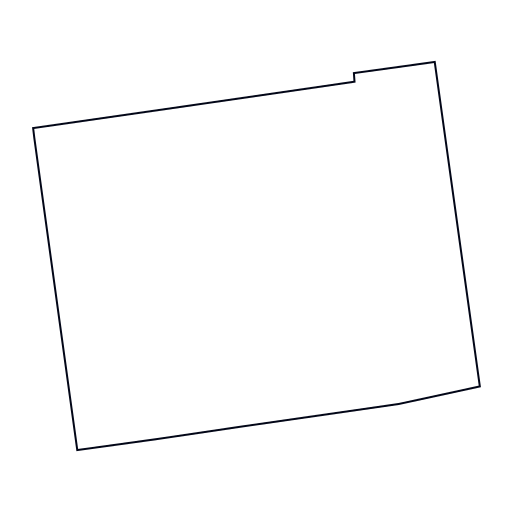 the district of Lyon, Minnesota, United States of America, rotated 82°
{"feature_id": "52423323B64870034285925", "entity_name": "Lyon", "entity_type": "district", "adm_level": 2, "iso_a3": "USA", "parent_name": "United States of America", "parent_adm1": "Minnesota", "projection": "mercator", "projection_center": [-95.88, 44.413], "detail": "fine", "context": "isolated", "style": "outline", "palette": "ink", "viewbox_px": 512, "rotation_deg": 82, "n_neighbors": 0, "source": "geoboundaries", "source_scale": "gbopen_adm2", "svg_char_len": 300}
<svg xmlns="http://www.w3.org/2000/svg" viewBox="0 0 512 512"><g transform="rotate(82 256 256)"><path d="M88.7,52.0L88.5,133.6L97.1,134.2L97.8,295.3L98.3,458.9L108.3,459.1L423.3,460.0L423.5,378.2L422.9,296.4L422.4,135.0L416.3,52.5L88.7,52.0Z" fill="none" stroke="#020617" stroke-width="2"/></g></svg>